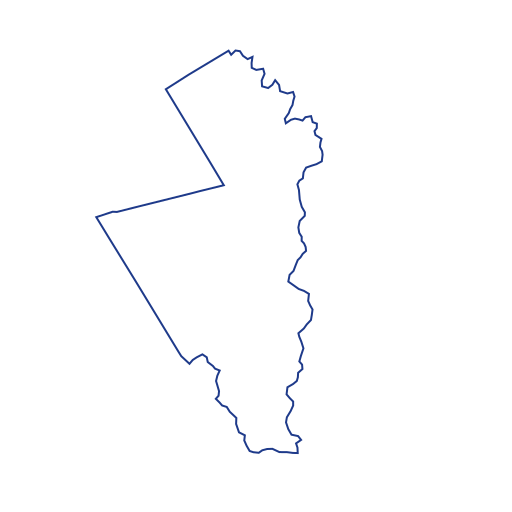 the district of Missal, Paraná, Brazil, rotated 240°
{"feature_id": "56859067B64572394282984", "entity_name": "Missal", "entity_type": "district", "adm_level": 2, "iso_a3": "BRA", "parent_name": "Brazil", "parent_adm1": "Paraná", "projection": "orthographic", "projection_center": [-54.267, -25.107], "detail": "fine", "context": "isolated", "style": "outline", "palette": "blue", "viewbox_px": 512, "rotation_deg": 240, "n_neighbors": 0, "source": "geoboundaries", "source_scale": "gbopen_adm2", "svg_char_len": 2044}
<svg xmlns="http://www.w3.org/2000/svg" viewBox="0 0 512 512"><g transform="rotate(240 256 256)"><path d="M369.5,137.1L345.6,137.7L292.3,139.2L211.9,141.0L206.6,141.2L195.9,144.5L197.6,149.2L197.9,154.0L197.6,160.4L192.9,162.7L188.3,161.2L182.3,163.7L178.9,164.2L175.0,167.3L171.7,162.7L167.7,158.9L163.5,157.9L157.4,156.4L153.7,153.7L152.4,149.8L147.3,151.2L143.5,151.9L139.9,155.2L134.2,155.4L125.6,158.0L120.5,154.8L111.8,153.1L106.3,156.7L102.1,153.6L96.4,153.0L90.3,153.0L87.4,155.6L84.2,160.0L84.6,164.3L83.3,169.1L80.8,173.8L74.5,178.2L70.6,184.8L67.0,189.5L64.5,193.6L69.3,196.1L73.7,197.0L74.2,203.1L79.0,202.4L83.5,197.4L89.9,197.4L96.9,198.8L100.9,202.1L104.4,208.5L107.9,213.4L111.4,215.4L116.0,214.2L120.9,213.3L126.6,217.6L126.6,224.1L127.4,228.9L130.0,231.6L133.8,234.1L134.9,239.7L138.9,241.6L143.0,240.8L147.0,244.9L152.3,250.9L159.1,252.4L164.4,253.1L167.9,254.1L169.3,261.2L171.4,265.8L173.1,271.6L177.1,274.9L181.4,278.2L186.3,278.2L191.0,278.7L196.7,282.9L201.8,280.1L206.1,276.5L217.7,271.2L222.9,275.7L224.3,281.0L228.4,286.0L231.6,290.1L232.6,293.9L234.5,297.5L235.4,301.9L239.0,303.5L242.9,303.9L246.3,303.1L249.8,305.2L254.4,305.0L259.6,307.0L264.5,311.4L266.4,318.3L269.4,320.2L275.7,320.2L283.0,322.1L291.7,326.2L297.4,327.7L299.6,331.2L299.8,335.4L304.7,339.0L307.5,343.6L306.4,349.4L305.3,354.3L305.1,360.3L310.4,364.3L313.8,365.7L318.5,365.9L322.1,368.6L324.7,371.3L331.1,368.0L334.9,369.1L336.4,372.6L340.2,374.9L343.6,372.0L349.6,373.6L351.5,368.2L350.0,364.0L352.7,361.6L355.5,358.4L356.5,354.4L356.0,348.2L360.4,349.5L363.4,355.9L366.1,359.0L368.5,363.1L371.9,366.0L374.8,369.1L379.5,370.1L381.0,364.5L386.7,359.3L392.6,361.5L398.7,360.5L396.1,355.8L395.4,350.5L399.9,346.1L405.2,348.7L409.5,354.5L414.6,355.8L417.0,349.3L421.1,346.4L425.4,348.7L430.2,352.5L430.7,347.2L435.9,344.8L441.4,344.5L444.2,341.0L442.7,335.1L447.5,334.9L446.7,288.4L445.5,261.3L359.2,263.1L333.4,263.5L340.3,239.7L342.3,232.4L357.1,180.9L363.7,157.6L366.0,154.0L369.5,137.1Z" fill="none" stroke="#1e3a8a" stroke-width="2"/></g></svg>